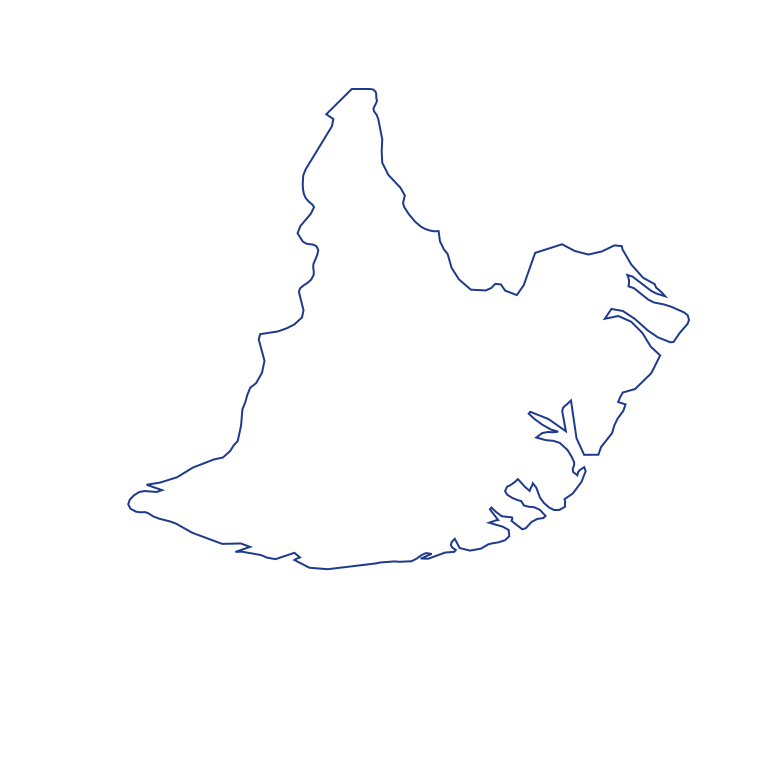 SVG path tracing the border of Bayelsa, rotated 310°
{"feature_id": "NGA-2845", "entity_name": "Bayelsa", "entity_type": "State", "adm_level": 1, "iso_a3": "NGA", "parent_name": "Nigeria", "parent_adm1": "", "projection": "orthographic", "projection_center": [6.155, 4.833], "detail": "fine", "context": "isolated", "style": "outline", "palette": "blue", "viewbox_px": 768, "rotation_deg": 310, "n_neighbors": 0, "source": "natural_earth", "source_scale": "10m", "svg_char_len": 3706}
<svg xmlns="http://www.w3.org/2000/svg" viewBox="0 0 768 768"><g transform="rotate(310 384 384)"><path d="M642.5,477.6L640.4,480.2L634.5,496.5L631.9,514.1L634.5,527.1L632.8,530.3L632.7,537.9L631.9,543.0L628.3,534.2L627.1,528.9L626.0,505.1L623.9,500.3L622.5,503.0L620.7,505.2L618.6,507.0L616.0,508.5L618.1,514.0L618.5,532.2L620.0,538.5L624.7,546.9L627.8,554.3L631.7,567.8L631.9,572.4L629.1,576.5L625.1,577.9L613.2,577.7L602.3,578.8L600.0,576.5L595.8,563.9L594.6,551.9L595.1,534.3L593.5,520.1L587.7,510.0L575.9,511.2L586.7,519.8L590.6,533.4L589.2,549.2L584.1,564.2L583.4,577.2L564.1,581.8L541.6,579.6L531.0,572.4L525.8,573.4L520.7,574.9L523.6,582.1L517.3,584.6L507.6,585.2L500.5,587.0L493.0,590.3L475.2,590.8L467.6,593.7L458.4,582.8L466.2,566.3L491.6,537.8L486.5,537.3L483.4,536.6L481.0,536.5L477.9,537.8L464.7,553.7L462.9,532.7L456.7,513.9L454.3,513.9L453.9,521.6L454.6,531.5L456.4,541.1L459.4,548.1L455.6,544.4L452.3,540.1L448.0,536.7L440.9,535.1L445.1,544.2L449.3,550.2L451.9,556.6L451.4,566.9L448.9,574.5L446.1,580.2L443.7,582.0L440.5,583.0L438.2,585.3L438.3,590.8L441.4,589.3L443.8,589.3L449.0,590.8L446.9,594.5L435.9,598.2L421.5,599.0L411.8,596.3L410.5,598.2L408.0,600.0L406.5,601.6L400.3,599.3L396.8,595.4L395.5,589.9L395.7,582.8L397.3,576.4L402.5,567.2L403.6,561.8L401.8,562.6L397.6,563.6L395.7,564.3L395.8,558.1L397.2,547.7L393.0,547.2L388.9,546.2L384.3,544.3L379.6,545.7L378.4,549.7L379.2,555.4L380.9,560.9L382.5,564.3L380.9,569.4L382.9,573.6L386.1,578.2L387.8,584.3L386.8,592.6L383.7,592.2L379.2,588.2L373.3,585.7L364.7,585.3L361.6,583.3L361.1,569.6L363.4,568.9L364.1,567.8L359.1,560.3L358.4,558.9L358.0,552.4L358.4,545.7L356.1,545.7L353.2,558.9L351.2,557.2L345.3,553.7L351.1,566.9L352.3,573.4L347.9,577.8L342.0,577.1L336.1,573.3L331.1,569.0L328.1,566.9L320.2,564.1L311.6,556.9L307.0,547.4L310.9,537.7L306.6,537.4L303.8,538.6L302.6,541.4L303.0,545.7L300.6,545.7L294.2,539.2L278.6,530.2L273.9,524.2L276.6,525.9L281.7,528.2L284.5,529.8L281.5,524.9L276.8,522.6L271.4,521.3L266.0,519.1L257.7,510.1L254.8,506.0L244.4,495.4L242.0,493.7L206.1,460.1L195.3,445.0L191.6,428.5L193.2,429.0L194.4,429.6L197.1,431.1L197.1,423.9L180.1,413.5L175.8,406.0L173.9,399.7L164.2,382.9L159.9,378.1L173.1,386.1L169.8,376.8L157.5,362.8L146.8,332.8L143.4,314.6L141.3,308.7L136.4,298.5L134.3,292.6L133.4,286.1L132.2,283.2L129.4,280.2L126.8,276.2L125.5,270.1L127.4,265.4L132.0,263.6L138.0,264.0L144.0,266.0L148.2,269.5L155.1,279.2L160.0,282.2L154.2,266.9L164.5,275.8L179.5,285.4L197.3,291.4L216.9,302.2L224.2,307.9L233.7,309.2L240.4,308.3L246.3,308.6L260.5,301.1L273.6,291.8L280.8,289.5L287.8,286.3L295.3,283.9L302.5,285.5L314.2,283.3L324.9,277.6L337.6,259.4L342.6,257.1L355.9,268.8L364.0,273.6L372.0,277.0L382.3,278.4L388.7,275.0L399.8,259.7L403.2,258.2L407.7,259.0L412.6,260.5L417.1,261.1L422.3,260.0L425.1,257.9L427.2,255.4L430.3,252.9L439.7,250.0L444.2,247.7L446.1,243.8L445.3,240.3L441.7,234.6L440.9,230.3L443.9,220.9L451.2,218.4L467.5,218.5L474.5,216.7L475.3,214.5L475.4,209.0L476.2,204.3L478.2,200.3L481.1,196.8L484.7,193.4L491.8,188.1L498.1,186.0L548.1,178.4L554.4,174.8L553.5,166.4L589.3,169.7L600.4,183.0L601.7,184.7L602.6,186.5L602.6,189.3L601.4,191.4L597.8,194.6L597.1,195.9L595.4,197.1L588.2,198.8L586.5,201.1L585.5,205.3L583.2,209.4L570.2,225.5L560.8,232.6L552.4,240.4L547.0,252.9L544.9,270.5L541.8,278.8L534.8,282.3L532.5,285.8L530.0,294.0L528.3,303.8L528.3,311.7L529.3,316.0L530.9,320.2L533.1,324.1L536.2,327.6L529.3,335.1L525.6,343.4L524.5,349.2L516.6,360.8L512.3,374.1L512.1,389.9L521.0,401.7L526.3,404.4L532.2,404.9L535.4,409.5L533.4,416.8L537.5,428.6L549.6,427.5L581.6,415.5L605.5,430.6L608.5,444.6L614.6,457.4L625.6,465.7L638.3,471.4L642.5,477.6Z" fill="none" stroke="#1e3a8a" stroke-width="2"/></g></svg>